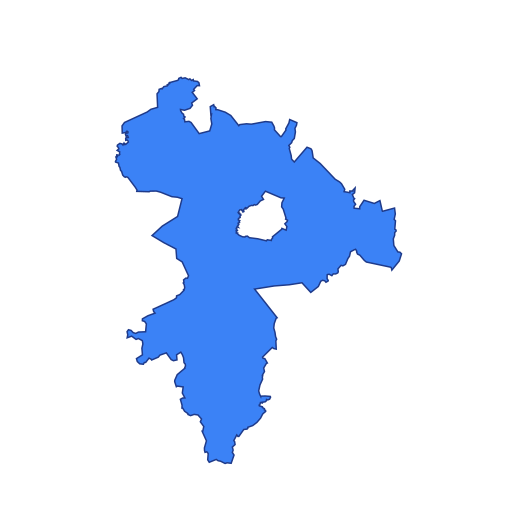 the district of Priekules pag., Priekules, Latvia, rotated 164°
{"feature_id": "27541924B37893488453851", "entity_name": "Priekules pag.", "entity_type": "district", "adm_level": 2, "iso_a3": "LVA", "parent_name": "Latvia", "parent_adm1": "Priekules", "projection": "mercator", "projection_center": [21.629, 56.464], "detail": "fine", "context": "isolated", "style": "filled", "palette": "blue", "viewbox_px": 512, "rotation_deg": 164, "n_neighbors": 0, "source": "geoboundaries", "source_scale": "gbopen_adm2", "svg_char_len": 6141}
<svg xmlns="http://www.w3.org/2000/svg" viewBox="0 0 512 512"><g transform="rotate(164 256 256)"><path d="M365.1,385.0L362.6,383.3L362.9,379.8L362.4,378.8L362.6,375.7L361.9,374.4L361.8,370.5L360.8,368.5L359.9,367.7L359.1,368.0L357.5,366.9L353.1,355.4L352.2,352.2L352.8,351.0L340.9,347.2L339.8,347.5L333.9,345.9L330.1,343.6L320.5,336.2L315.4,334.2L311.3,331.5L320.5,315.6L337.8,310.6L350.3,304.3L340.9,294.2L331.0,284.8L332.9,275.5L328.6,270.7L326.3,255.6L328.0,253.5L329.5,254.1L332.2,253.0L332.6,250.4L333.4,250.1L332.9,248.3L333.2,245.4L334.1,243.8L334.9,243.6L334.7,242.9L339.9,239.9L343.3,239.6L344.0,237.7L347.1,236.6L369.6,233.2L369.7,230.9L368.8,228.9L376.2,228.4L382.5,226.9L383.1,225.1L381.1,223.8L380.1,221.0L383.0,213.6L390.0,215.3L392.9,214.7L395.2,216.2L396.6,218.9L398.9,220.3L400.8,218.8L401.0,215.6L402.4,212.9L397.6,213.2L394.3,208.9L391.8,209.1L388.6,206.0L389.0,202.6L391.1,198.8L392.4,192.3L399.2,190.3L399.2,187.3L397.5,184.4L394.1,183.0L392.7,184.4L391.4,184.1L387.0,187.3L385.2,185.6L385.0,184.8L377.8,185.7L375.7,187.2L368.9,187.6L366.1,179.8L364.2,178.1L360.6,177.9L359.6,182.9L354.8,184.3L354.0,181.5L353.7,178.2L354.6,173.3L353.8,171.6L354.1,169.7L355.3,168.3L355.2,167.8L364.4,163.7L368.3,159.0L368.8,157.6L368.6,152.3L367.4,152.6L362.1,150.2L364.6,144.6L363.5,139.2L365.8,139.7L368.2,139.1L368.2,133.0L369.1,130.2L368.4,130.0L367.4,126.4L364.9,123.3L365.1,122.4L362.9,120.6L359.1,120.8L355.6,119.2L353.3,114.3L355.2,112.0L353.2,106.5L355.4,102.4L356.1,102.5L354.6,92.0L358.5,85.7L359.1,83.3L359.1,81.3L357.3,81.4L356.4,79.3L358.6,73.4L357.8,70.6L350.3,71.4L348.9,69.7L346.6,68.5L342.9,65.1L340.8,65.2L337.0,63.6L332.0,70.7L332.9,73.7L331.5,75.7L331.4,78.9L328.1,80.5L327.7,83.4L328.2,84.7L323.8,89.3L323.1,87.5L322.2,87.3L315.6,92.6L312.3,92.1L311.3,92.7L311.1,93.6L305.9,93.9L301.0,95.8L296.3,98.9L293.1,102.3L289.5,104.0L289.4,105.0L290.4,105.8L290.0,106.9L291.5,108.5L291.4,109.3L294.1,111.0L294.1,111.8L293.3,112.0L292.1,113.9L290.4,112.9L290.1,113.2L290.3,113.7L287.3,113.3L285.9,114.0L285.4,115.2L284.3,114.4L282.4,114.6L280.9,116.3L281.0,117.1L285.8,118.9L289.8,119.9L290.1,119.4L290.6,122.1L290.6,125.6L287.7,131.0L283.6,135.8L283.3,137.9L282.5,139.1L282.8,139.6L279.7,142.6L279.5,146.2L275.6,149.9L274.6,150.0L275.8,154.9L277.4,155.7L277.6,157.0L265.6,163.6L264.4,162.1L262.2,160.9L260.3,169.0L259.1,170.3L259.4,173.1L258.8,177.4L258.8,181.9L257.1,186.0L253.8,190.6L252.7,190.8L266.5,224.6L246.8,222.2L232.0,219.2L219.2,217.6L213.4,205.9L204.5,209.5L200.7,213.9L198.7,214.3L196.8,213.3L196.0,211.5L193.7,212.0L193.3,212.6L193.9,214.6L192.8,218.3L192.3,218.5L190.7,218.3L188.5,216.2L186.7,217.5L184.4,216.8L182.1,217.2L181.3,218.1L180.8,221.0L176.8,223.6L175.2,222.6L172.3,223.3L168.4,228.2L166.2,230.0L164.0,234.0L159.9,234.9L158.4,235.0L157.8,232.8L158.2,232.2L157.9,229.9L155.9,228.1L153.1,221.9L151.6,219.8L129.6,208.1L129.2,207.6L129.3,205.0L119.7,211.7L115.5,218.0L116.6,220.0L118.5,220.8L120.6,228.1L119.3,234.6L117.0,237.7L116.2,240.3L114.4,241.4L114.3,242.5L115.2,243.6L112.2,251.4L113.1,253.1L110.5,258.0L109.6,263.9L122.0,264.1L122.2,264.4L121.6,275.1L127.8,273.9L136.8,279.8L142.7,274.8L143.3,272.8L148.5,274.9L148.1,276.7L146.0,278.3L147.1,281.5L146.8,283.0L145.4,283.9L146.0,284.7L146.5,288.5L143.8,289.6L142.0,294.1L144.7,292.5L144.9,291.7L147.9,292.6L148.3,291.0L153.6,293.6L152.3,295.7L153.9,301.9L155.2,304.1L158.7,307.9L168.8,327.2L174.0,334.5L173.1,341.6L173.4,343.5L174.0,344.2L177.0,346.5L193.3,335.8L195.1,339.3L194.5,342.9L194.4,350.3L193.5,351.2L194.0,353.2L190.5,355.1L189.3,356.9L186.8,358.4L183.9,364.4L183.4,367.9L181.0,370.6L179.9,372.9L186.0,377.9L187.7,374.8L192.4,370.0L192.5,368.8L198.7,363.8L199.5,364.0L203.5,372.2L202.9,374.0L203.0,376.0L204.0,380.3L209.8,382.6L224.1,384.0L228.7,385.7L235.4,386.8L236.6,386.0L241.5,398.0L245.9,402.7L252.4,407.1L254.3,407.8L253.6,409.3L254.6,411.2L255.1,411.1L255.0,413.1L258.8,412.2L260.5,404.0L259.8,404.3L261.5,400.5L262.1,395.1L266.0,389.0L276.9,389.3L281.6,402.2L283.3,403.9L287.4,404.6L287.1,406.8L287.7,408.3L286.4,408.6L285.9,409.3L286.8,410.2L286.6,412.3L287.6,413.5L288.4,416.3L288.2,417.7L284.6,415.8L278.7,416.1L275.5,418.4L275.7,420.8L269.2,423.3L272.2,430.9L269.5,432.0L270.0,433.4L265.6,436.0L263.4,435.3L263.1,438.2L264.1,439.9L267.9,441.6L267.7,442.9L269.6,442.5L270.7,444.5L272.0,444.1L275.0,446.8L278.1,447.0L278.8,448.4L281.3,448.0L281.9,446.8L283.1,446.4L290.6,446.5L291.2,445.9L291.5,446.5L292.0,446.2L292.0,445.5L294.1,445.0L293.8,444.3L294.3,444.0L297.9,444.2L300.3,442.5L300.7,443.1L303.2,442.9L304.0,440.8L306.4,439.2L309.6,426.0L316.6,426.0L320.9,424.4L345.6,420.6L348.9,418.0L350.7,411.0L347.3,410.6L345.6,411.6L344.8,410.5L345.3,409.6L347.3,409.8L348.0,408.8L347.8,406.7L347.0,407.4L346.3,407.2L346.1,405.1L348.3,405.5L348.9,404.9L349.3,403.1L348.0,403.1L347.3,402.0L347.3,400.7L350.5,399.2L351.2,400.3L351.8,399.4L352.5,399.7L352.4,400.3L353.3,399.4L353.8,400.6L355.8,401.8L358.6,400.8L359.2,399.8L358.4,398.1L358.3,396.8L360.4,395.8L358.3,393.7L358.9,392.4L358.9,391.2L359.7,390.7L362.0,391.6L362.3,390.8L361.7,389.9L361.9,389.6L363.4,389.8L363.3,387.4L365.0,385.7L365.1,385.0ZM229.1,315.7L215.9,305.0L212.9,303.9L216.4,300.0L217.8,296.2L216.9,293.5L216.7,284.2L217.4,283.3L215.8,281.7L216.6,280.5L219.4,279.0L218.2,275.8L219.9,272.5L223.5,275.4L224.0,274.6L234.9,269.9L235.0,268.8L236.7,267.6L237.0,266.7L240.7,268.5L241.8,267.7L249.6,272.1L257.3,275.4L258.8,277.5L260.8,277.8L261.4,277.3L263.7,278.2L266.5,280.6L267.6,282.4L267.3,283.2L268.6,283.5L268.2,284.9L267.0,285.6L267.9,286.3L266.9,287.1L267.4,288.0L266.1,289.2L265.2,288.6L265.7,289.8L263.9,290.9L264.2,291.5L263.8,292.0L264.1,292.5L262.5,292.9L262.6,294.1L261.9,294.5L263.1,295.6L262.5,296.9L260.6,297.4L260.5,298.6L259.2,299.5L259.9,300.2L259.5,300.6L260.0,300.9L260.0,301.8L260.9,301.6L261.2,302.8L258.9,304.8L257.1,304.6L257.0,303.5L256.2,302.4L256.4,302.0L255.7,301.9L255.2,302.4L255.6,303.6L253.3,305.1L253.3,304.3L252.6,304.0L252.1,305.0L251.2,304.5L249.1,305.7L246.4,305.9L245.0,305.3L243.5,305.9L242.5,305.1L240.6,305.2L236.6,307.8L233.2,308.3L234.2,311.9L229.1,315.7Z" fill="#3b82f6" stroke="#1e3a8a" stroke-width="1.5"/></g></svg>